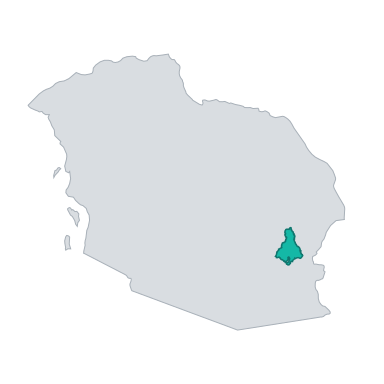 Bukombe, Geita, United Republic of Tanzania shown in context, rotated 171°
{"feature_id": "72390352B18842274411831", "entity_name": "Bukombe", "entity_type": "district", "adm_level": 2, "iso_a3": "TZA", "parent_name": "United Republic of Tanzania", "parent_adm1": "Geita", "projection": "albers", "projection_center": [31.534, -3.788], "detail": "fine", "context": "in_parent", "style": "filled", "palette": "teal", "viewbox_px": 384, "rotation_deg": 171, "n_neighbors": 0, "source": "geoboundaries", "source_scale": "gbopen_adm2", "svg_char_len": 8061}
<svg xmlns="http://www.w3.org/2000/svg" viewBox="0 0 384 384"><g transform="rotate(171 192 192)"><path d="M139.8,273.9L135.4,271.6L131.5,270.2L128.2,268.7L126.8,267.2L123.8,266.6L121.2,266.3L118.7,264.9L113.7,264.4L113.2,263.5L113.1,261.4L112.2,260.9L110.4,260.3L108.5,260.4L107.3,260.7L106.6,260.5L105.0,259.3L103.5,257.8L102.9,255.3L100.6,253.7L98.0,252.4L90.7,252.6L89.5,252.2L87.8,250.9L85.8,248.9L84.1,246.5L82.7,243.3L81.2,239.0L72.8,221.8L71.9,218.5L70.3,214.9L67.6,210.4L64.7,207.1L60.9,204.2L56.5,201.2L54.1,199.2L49.6,191.1L48.7,187.2L48.0,183.3L48.3,181.7L51.1,176.6L51.3,175.2L51.0,173.3L49.6,169.2L47.8,164.3L44.2,155.3L43.7,153.1L43.8,151.4L45.8,142.3L45.8,141.0L54.2,141.2L60.4,137.2L65.7,131.2L66.8,128.7L69.0,124.9L71.1,123.0L71.9,121.7L73.1,117.8L76.0,115.3L78.7,113.3L78.1,111.9L78.5,111.4L80.0,110.3L82.9,109.4L83.5,107.4L83.5,105.2L83.0,103.9L83.1,102.4L82.7,101.6L80.8,101.4L77.9,100.3L75.5,99.8L73.9,99.2L73.3,98.7L73.1,97.3L74.4,93.8L73.1,92.4L76.0,86.6L76.6,85.9L77.6,85.8L79.3,85.2L80.9,84.9L82.2,85.2L83.1,84.9L83.9,84.3L84.6,82.3L85.2,79.0L84.9,76.4L83.7,74.3L83.3,71.2L83.9,67.0L83.5,63.4L82.1,60.6L80.7,59.0L78.6,58.2L75.3,53.9L74.3,51.9L74.5,50.6L75.6,50.0L77.7,50.2L79.7,49.7L81.6,48.5L83.4,48.2L84.3,48.4L168.6,48.5L266.7,103.8L267.1,104.5L267.9,109.2L267.7,110.8L266.2,113.5L265.7,114.9L265.7,115.9L266.0,116.3L267.3,116.5L268.4,117.1L268.8,117.6L269.7,119.7L270.7,120.7L307.8,148.0L308.6,148.4L308.1,150.6L305.9,156.1L305.8,158.4L305.0,161.0L304.1,162.8L301.9,170.5L300.1,173.4L297.6,180.1L297.2,185.3L298.5,188.9L299.0,192.3L301.8,195.6L304.1,196.8L305.6,198.4L308.3,201.9L309.9,205.4L314.8,207.1L316.7,211.0L316.0,213.7L313.7,215.9L311.5,219.5L309.8,224.2L309.6,231.4L310.8,230.3L313.4,232.1L313.7,237.5L311.0,243.6L310.1,246.5L309.9,249.0L311.8,256.4L314.8,260.2L314.5,261.4L313.7,262.4L318.7,269.1L318.3,274.9L320.1,279.4L320.9,283.4L322.1,286.4L322.4,288.4L320.8,290.7L324.5,291.3L326.6,293.2L327.6,295.0L330.3,295.0L331.7,296.2L333.8,297.3L338.3,300.3L339.6,301.8L340.3,303.3L327.6,312.7L323.0,315.1L319.7,316.2L316.2,316.8L312.9,318.2L309.8,320.5L305.8,321.7L300.9,321.7L295.7,323.3L287.7,328.1L283.0,325.3L279.3,324.4L275.1,324.5L272.5,324.8L271.6,325.4L270.8,327.1L270.1,329.8L267.3,332.4L262.4,334.9L257.9,335.8L253.8,335.1L251.0,334.1L249.6,332.6L247.5,331.9L244.6,332.0L241.9,333.0L239.3,335.0L235.2,335.8L229.6,335.5L226.5,334.5L226.1,332.9L223.6,331.0L219.1,328.7L215.8,328.7L213.6,330.8L211.7,332.1L209.9,332.6L208.3,332.7L206.0,332.1L199.8,331.9L193.8,331.9L193.2,328.9L192.0,327.0L191.0,325.9L188.9,325.6L188.3,324.7L187.7,322.8L186.7,321.2L185.3,319.9L184.5,318.6L184.3,317.5L184.5,316.2L185.7,313.1L186.1,311.0L186.0,308.8L185.3,306.5L183.9,303.8L184.1,303.1L183.6,301.2L183.6,300.0L183.9,298.4L183.6,296.3L182.4,291.8L182.4,290.6L181.1,288.4L177.2,283.3L177.0,282.6L170.9,277.4L168.4,276.3L167.5,277.3L167.2,278.2L167.4,279.8L167.3,280.6L167.0,281.0L165.5,281.0L164.6,280.8L162.3,279.4L160.5,279.0L155.9,279.3L154.3,279.6L153.1,279.3L150.7,276.9L147.9,276.4L145.4,276.3L141.2,273.6L139.8,273.9ZM315.6,188.2L317.6,194.0L317.4,195.0L315.9,195.7L315.1,195.7L314.3,194.8L313.6,192.9L312.5,193.3L310.7,191.0L308.8,190.9L307.2,188.1L307.9,185.7L307.6,181.6L309.6,179.5L310.7,176.0L312.0,178.5L312.3,182.2L314.0,186.6L315.6,188.2ZM325.8,154.3L326.0,155.6L325.5,156.9L325.6,161.0L325.4,163.7L323.8,167.4L322.6,168.7L321.5,168.3L320.6,167.7L319.9,166.6L321.4,159.8L320.7,154.8L323.5,155.3L325.8,154.3ZM320.9,236.6L319.5,237.0L318.9,236.6L318.0,235.5L319.6,234.5L321.1,232.7L324.6,230.0L326.2,227.9L326.0,230.0L324.0,234.6L322.3,234.9L320.9,236.6Z" fill="#d9dde1" stroke="#a8b0b8" stroke-width="1"/><path d="M111.0,108.0L110.8,108.1L110.4,108.3L110.1,108.6L109.6,108.8L109.1,109.0L108.5,109.6L108.3,109.7L108.0,109.9L107.9,110.0L108.0,110.1L107.9,110.2L107.8,110.3L107.7,110.5L107.5,111.0L107.4,111.4L107.5,111.5L107.6,111.9L107.5,112.3L107.4,112.4L107.2,112.5L106.7,112.7L106.4,112.5L106.2,112.2L106.2,111.8L106.1,111.7L106.0,111.4L105.9,111.2L105.9,110.9L106.1,110.7L106.1,110.4L106.2,110.2L106.4,109.9L106.4,109.7L106.6,109.3L106.8,109.1L106.9,108.8L107.1,108.5L107.2,108.2L107.4,107.9L107.5,107.9L107.7,107.7L107.9,107.6L108.2,107.5L108.5,107.4L109.0,107.3L109.7,107.1L110.0,106.9L110.0,106.7L109.9,106.6L110.0,106.3L109.9,106.2L109.7,105.8L109.4,105.7L109.2,105.6L108.7,105.0L108.1,104.9L107.5,104.9L107.4,105.0L106.6,105.9L106.1,105.9L106.0,106.0L106.0,106.5L105.8,106.8L106.0,107.0L105.8,107.2L105.3,107.7L105.0,108.0L104.9,108.0L103.6,107.6L103.5,107.9L103.5,108.0L103.4,108.3L103.4,108.5L103.1,108.8L102.7,109.0L102.3,109.2L101.9,109.5L101.7,109.7L101.4,109.8L101.0,110.2L100.9,110.4L100.8,110.2L100.4,110.0L100.2,110.0L99.5,110.4L99.3,110.5L98.4,110.6L97.5,110.6L97.0,110.4L96.5,110.2L96.2,110.0L95.8,109.7L95.6,109.6L95.3,109.6L95.0,109.7L94.4,110.0L92.7,111.7L92.6,111.8L92.6,112.0L92.7,112.3L92.8,112.5L93.1,112.8L93.0,113.0L93.5,113.2L93.7,113.4L93.8,113.8L93.7,114.1L94.1,114.5L94.2,115.2L93.9,115.4L93.8,115.6L94.0,116.0L94.3,116.2L94.2,116.3L94.3,116.3L94.3,116.5L94.2,116.5L94.2,117.0L94.2,117.3L94.4,117.5L94.2,117.6L94.3,117.7L94.2,117.9L94.3,118.2L94.3,118.3L94.2,118.6L94.2,118.8L94.4,119.1L94.5,119.2L94.5,119.4L94.5,119.7L94.6,119.8L94.6,120.1L94.7,120.3L94.8,120.5L95.2,121.0L95.3,121.0L95.5,121.3L95.6,121.2L96.0,121.5L96.4,121.7L96.5,121.8L96.6,122.2L97.0,122.7L97.0,122.8L97.1,123.4L97.3,123.7L97.3,123.9L97.6,124.1L97.7,124.3L97.8,124.7L97.8,124.8L97.8,125.0L98.0,125.2L98.0,125.3L98.0,125.6L98.1,125.9L98.0,126.1L98.3,126.6L98.3,126.8L98.4,127.2L98.4,127.4L98.6,127.7L98.6,127.8L98.7,128.2L98.7,128.3L98.7,128.5L98.6,128.8L98.6,129.2L98.7,129.3L98.8,129.4L98.5,129.8L98.4,129.9L98.4,130.0L98.2,129.9L98.2,130.1L98.1,130.4L98.2,130.5L98.0,130.4L97.9,130.5L97.8,130.8L97.8,131.1L97.8,131.4L97.7,131.5L97.8,131.6L97.6,131.8L97.5,132.0L97.5,132.3L97.4,132.3L97.4,132.5L97.5,132.6L97.4,132.7L97.4,132.9L97.5,132.9L97.6,133.0L97.6,133.3L97.9,133.5L97.8,133.9L97.7,133.9L97.8,134.2L97.9,134.3L97.8,134.7L97.9,134.8L97.9,135.0L98.1,135.2L98.3,135.0L98.3,135.4L98.3,135.5L98.4,135.8L98.4,136.0L98.4,136.4L98.3,136.5L98.4,136.8L98.5,137.0L99.0,137.2L99.0,137.3L99.2,137.5L99.2,138.0L99.7,138.5L99.8,138.7L99.7,138.9L99.6,139.1L99.9,139.4L99.8,139.5L99.7,139.7L99.8,140.0L99.8,140.6L99.9,140.8L100.0,141.1L99.9,141.3L100.1,141.4L100.3,141.4L100.5,141.2L100.8,141.2L101.0,141.2L101.5,140.6L101.8,140.4L101.8,140.2L101.9,139.9L102.1,139.9L103.3,140.3L103.8,140.3L104.1,140.4L104.4,140.4L104.6,140.4L105.0,140.3L105.2,140.2L105.8,139.3L106.1,139.1L106.2,138.5L106.4,138.3L106.6,137.5L106.4,137.2L106.2,136.9L106.1,136.3L106.2,136.2L106.3,136.4L106.5,136.3L106.6,136.1L106.8,135.7L106.7,135.6L106.5,135.4L106.8,135.0L106.9,134.9L106.8,134.7L106.8,134.4L106.7,133.9L106.6,133.7L106.4,133.3L106.5,133.0L106.4,132.9L106.3,133.0L106.2,132.9L105.8,132.8L105.6,132.5L105.7,132.2L105.9,132.0L106.1,132.0L106.1,131.9L105.9,131.6L106.2,131.1L106.2,130.8L106.6,130.7L106.8,130.5L106.9,130.0L107.2,129.7L107.1,129.4L107.3,129.1L107.2,128.9L107.3,128.7L107.6,128.4L107.9,128.2L108.0,128.1L108.5,128.1L108.8,128.0L108.9,127.9L109.0,127.8L109.2,127.6L109.4,127.7L109.6,127.6L109.9,127.7L110.0,127.7L110.8,127.4L110.9,127.2L111.0,127.0L111.0,126.8L111.1,126.7L111.4,126.2L111.5,126.1L111.6,125.8L111.8,125.6L111.7,125.2L111.9,125.0L111.9,124.8L112.1,124.6L112.1,124.4L112.2,123.9L112.1,123.7L112.0,123.3L112.0,123.1L113.0,122.7L113.5,122.7L114.2,122.3L114.5,122.1L115.0,122.0L115.4,122.0L115.5,121.6L115.4,121.1L115.5,120.9L115.8,120.8L116.6,120.2L117.1,119.7L117.5,119.5L117.4,119.1L117.5,118.9L117.7,118.6L117.8,118.6L117.8,118.3L118.0,118.1L118.0,117.8L118.4,117.1L118.5,116.6L118.9,116.1L119.6,115.4L118.9,115.0L118.9,114.7L118.9,114.4L118.9,114.0L118.0,113.8L117.5,113.8L117.1,114.0L116.2,114.1L115.8,113.3L115.7,113.2L115.3,113.2L115.1,112.9L115.0,112.7L115.0,112.1L114.9,111.9L114.4,111.4L114.3,111.2L114.0,111.1L113.3,111.0L113.1,110.8L112.8,110.3L112.5,110.0L112.3,109.5L112.1,109.2L111.4,109.4L111.2,109.1L111.2,108.7L111.1,108.3L111.0,108.0Z" fill="#14b8a6" stroke="#0f766e" stroke-width="1.5"/></g></svg>